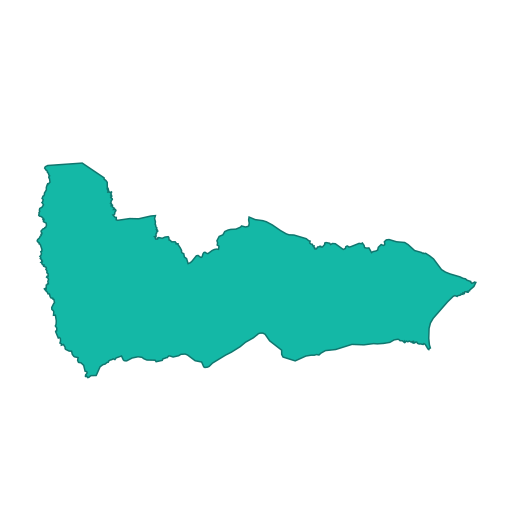 outline of Pech Chreada, Môndól Kiri, Cambodia, rotated 175°
{"feature_id": "14789045B57856207537526", "entity_name": "Pech Chreada", "entity_type": "district", "adm_level": 2, "iso_a3": "KHM", "parent_name": "Cambodia", "parent_adm1": "Môndól Kiri", "projection": "mercator", "projection_center": [107.158, 12.644], "detail": "fine", "context": "isolated", "style": "filled", "palette": "teal", "viewbox_px": 512, "rotation_deg": 175, "n_neighbors": 0, "source": "geoboundaries", "source_scale": "gbopen_adm2", "svg_char_len": 6115}
<svg xmlns="http://www.w3.org/2000/svg" viewBox="0 0 512 512"><g transform="rotate(175 256 256)"><path d="M39.3,210.5L40.7,211.0L40.9,210.6L43.4,210.0L44.4,211.2L44.3,211.9L47.9,213.5L49.3,215.0L51.7,215.7L54.5,217.4L64.2,221.2L68.6,223.4L72.4,226.3L79.4,237.6L83.0,241.0L86.8,243.9L88.3,243.8L89.1,244.3L89.5,244.0L90.9,245.1L97.5,247.6L103.5,254.1L106.7,256.5L114.7,257.9L122.0,260.8L124.8,260.7L126.9,259.0L126.6,256.8L127.0,255.9L128.3,255.4L130.3,256.5L133.4,254.0L134.3,251.3L136.2,250.5L139.0,250.2L140.6,249.3L142.8,254.2L145.0,254.2L147.1,254.9L147.4,257.1L148.9,259.7L150.0,259.1L152.2,259.6L160.8,257.0L162.6,256.8L164.0,258.0L164.8,257.9L165.8,257.3L166.3,255.7L168.5,254.9L175.9,261.3L178.7,261.8L180.7,260.9L181.5,262.3L185.1,263.3L186.4,262.9L186.5,261.5L189.0,259.2L190.4,259.2L190.6,260.0L191.4,260.2L192.5,259.6L193.8,259.6L195.1,257.9L196.7,257.9L197.1,258.3L196.8,259.3L197.6,260.0L197.3,261.0L198.4,261.1L198.9,262.8L200.1,263.0L201.4,264.3L200.8,266.1L202.1,266.6L204.5,268.9L216.4,273.6L221.2,274.2L223.9,275.4L229.5,279.3L237.0,285.5L242.7,289.2L246.1,290.6L253.6,292.3L259.5,295.4L260.2,292.6L259.9,289.2L260.6,286.8L261.3,286.2L263.9,285.8L267.8,287.2L268.9,286.1L273.7,284.5L278.9,284.7L281.6,284.3L285.0,283.1L287.1,280.0L291.0,278.7L293.6,274.6L293.1,272.4L293.7,270.3L292.2,269.2L292.1,268.5L292.8,265.9L294.7,266.3L297.0,266.1L299.2,265.3L303.6,262.6L304.7,262.8L306.5,264.2L307.6,264.0L308.6,262.8L309.7,260.0L310.6,259.4L311.4,259.6L313.7,261.6L315.4,261.4L320.3,256.3L322.1,255.0L324.3,254.3L325.4,259.5L327.4,261.2L327.8,264.7L329.0,265.2L329.8,266.2L329.7,268.1L330.8,270.8L332.7,274.2L332.6,275.0L334.5,275.1L334.5,276.0L335.3,277.2L338.8,277.5L340.1,279.1L341.1,279.4L341.3,282.2L341.8,282.9L345.0,282.8L347.9,281.8L351.3,282.9L352.5,282.5L352.2,282.0L352.5,281.5L354.5,281.6L354.8,282.7L354.5,283.3L355.3,284.1L353.8,284.4L353.7,286.8L352.9,287.7L353.0,288.4L351.7,289.4L352.6,290.1L352.2,290.7L353.0,291.2L352.3,292.6L353.3,294.0L353.2,295.6L353.7,296.3L353.2,298.9L353.8,302.1L352.7,305.0L357.3,305.0L369.7,303.3L378.5,304.3L390.7,303.6L392.1,304.3L391.8,306.6L393.2,306.9L394.9,309.3L394.0,309.4L393.1,310.2L392.9,311.7L391.6,313.4L391.9,314.5L393.9,314.7L393.0,315.9L394.9,317.5L394.5,319.1L394.9,319.5L395.8,319.0L395.5,320.8L396.3,321.3L395.6,322.4L395.5,323.6L394.2,324.8L394.3,325.7L395.6,326.9L394.6,328.0L395.4,328.6L394.6,329.1L395.2,330.4L394.3,332.2L394.6,332.5L395.1,332.1L396.5,332.2L396.9,333.3L397.0,332.6L398.0,332.6L397.6,333.5L398.1,334.9L397.2,334.5L397.5,336.4L398.2,336.6L397.8,342.4L399.1,344.5L400.6,345.7L400.5,347.1L421.0,363.7L455.6,364.3L458.1,363.3L458.9,362.0L457.5,359.6L456.9,359.4L456.4,358.1L456.5,357.5L455.6,356.5L455.3,354.7L454.6,353.8L455.4,353.1L455.6,352.0L455.0,351.4L454.8,347.5L456.2,346.2L457.2,346.2L457.5,345.6L457.3,345.2L457.9,345.0L458.9,342.6L459.1,340.1L461.3,337.1L461.4,335.8L462.1,334.5L463.0,334.2L464.1,331.9L463.1,330.9L463.8,328.5L464.6,328.0L463.2,325.5L465.0,323.2L467.3,322.2L467.8,320.6L467.6,319.2L468.5,317.9L468.3,317.3L468.9,315.5L468.2,314.6L466.3,313.9L464.8,312.1L465.1,310.9L464.6,310.6L464.1,310.9L464.0,310.5L464.8,309.3L464.7,308.7L462.1,307.0L462.1,304.7L463.1,302.7L463.9,302.7L464.4,301.9L465.8,301.6L467.8,299.8L468.0,298.9L467.3,297.6L467.4,296.7L468.3,296.3L468.2,295.2L469.4,294.3L470.1,292.9L472.1,291.4L472.7,290.1L471.7,288.5L470.9,288.1L471.0,287.0L469.9,286.4L468.7,281.2L469.0,279.5L470.0,279.1L469.5,277.0L470.2,275.4L471.3,274.4L470.7,273.8L470.6,272.7L471.1,272.2L469.9,271.0L469.9,270.0L469.3,269.5L470.8,268.4L469.8,267.9L470.0,267.3L469.4,265.9L468.0,265.5L468.4,264.3L466.4,263.3L465.8,262.2L466.5,261.0L465.5,259.5L465.8,257.5L464.7,256.5L464.8,254.1L465.8,254.1L466.5,253.2L465.2,252.1L464.7,251.0L465.6,248.8L465.3,246.5L466.2,246.4L466.3,245.8L467.5,245.3L467.7,242.6L469.7,241.7L469.0,240.6L468.1,240.9L468.4,239.7L467.0,238.1L466.5,236.4L465.1,236.2L464.6,233.4L463.9,232.1L462.1,231.6L462.0,230.6L461.1,230.3L460.8,227.0L461.6,226.4L464.0,222.5L464.0,220.5L462.7,219.2L462.3,218.1L462.9,214.6L461.0,214.5L460.6,208.8L461.1,205.3L462.0,203.8L460.8,201.8L460.8,200.7L461.1,198.8L462.1,198.6L462.2,198.1L460.1,191.5L459.0,191.9L458.1,191.0L458.1,188.4L458.9,186.4L457.5,185.6L457.7,184.1L455.5,184.6L454.1,181.7L454.2,180.2L453.6,179.5L450.5,177.6L448.0,177.2L447.6,174.1L446.3,172.0L445.6,171.4L442.1,170.3L442.8,167.6L442.6,166.9L442.1,165.5L439.6,164.8L437.2,162.1L436.3,156.1L434.8,155.6L434.5,154.9L434.6,153.9L436.1,152.4L436.4,151.0L436.0,150.7L435.2,151.1L434.2,149.5L433.1,149.7L431.0,151.2L425.6,150.9L421.0,159.2L418.0,161.1L415.7,161.5L413.8,162.9L412.5,163.0L411.7,164.4L409.9,165.2L409.0,165.2L407.2,166.0L405.6,165.1L404.2,166.7L398.7,168.1L397.3,164.2L396.5,163.3L395.6,163.0L394.0,162.8L388.2,165.2L382.3,165.9L378.4,165.0L376.8,163.5L373.8,161.9L365.6,161.0L364.7,159.4L358.5,160.2L357.5,161.8L355.6,162.0L354.9,162.5L353.3,162.5L351.8,164.0L350.4,163.9L347.4,162.6L341.7,163.4L339.4,164.6L335.1,164.5L332.9,163.4L325.8,157.0L319.4,155.1L317.7,150.1L316.6,149.4L314.0,149.5L312.3,150.1L308.7,153.1L294.8,160.0L289.0,162.3L279.6,167.1L274.0,171.0L265.8,174.7L260.2,178.5L258.4,178.8L255.9,178.6L253.8,177.3L249.8,170.3L238.7,160.0L239.0,155.7L237.9,153.0L226.1,148.1L215.0,152.0L209.6,152.4L206.5,152.1L204.4,152.6L201.9,151.9L199.7,153.6L195.1,155.7L184.8,155.9L168.1,159.6L156.2,158.1L146.6,158.5L142.7,157.9L136.5,157.8L130.2,158.3L125.7,160.4L122.2,160.7L121.1,160.5L119.9,159.1L117.5,158.8L116.1,157.3L115.4,158.1L115.1,156.9L113.6,158.1L112.2,157.3L110.7,157.9L109.2,156.9L107.1,157.2L107.8,156.1L106.8,155.5L106.3,155.5L106.5,156.3L105.5,156.2L105.2,155.8L104.1,156.4L103.2,156.1L102.7,154.9L101.1,154.1L99.7,154.1L97.2,153.3L96.4,154.1L96.0,153.9L95.0,153.0L92.8,148.4L92.0,147.7L91.5,148.6L90.3,149.2L91.0,152.2L91.1,158.9L89.9,168.8L88.1,174.0L84.9,178.5L69.2,193.6L63.1,198.6L61.3,199.2L59.1,198.2L58.7,198.8L55.9,199.2L55.0,199.7L55.0,200.2L53.2,199.8L53.0,201.2L51.7,200.5L51.3,202.0L50.9,202.1L49.3,202.1L48.9,201.5L47.8,201.5L47.9,202.4L46.3,202.7L46.1,203.4L41.6,206.6L39.3,210.5Z" fill="#14b8a6" stroke="#0f766e" stroke-width="1.5"/></g></svg>